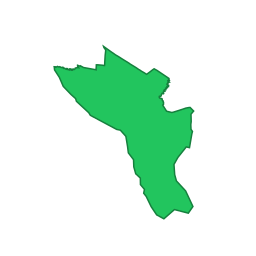 outline of Lodes pag., Rujienas, Latvia, rotated 207°
{"feature_id": "27541924B78787433075156", "entity_name": "Lodes pag.", "entity_type": "district", "adm_level": 2, "iso_a3": "LVA", "parent_name": "Latvia", "parent_adm1": "Rujienas", "projection": "equal_earth", "projection_center": [25.378, 58.024], "detail": "fine", "context": "isolated", "style": "filled", "palette": "green", "viewbox_px": 256, "rotation_deg": 207, "n_neighbors": 0, "source": "geoboundaries", "source_scale": "gbopen_adm2", "svg_char_len": 4660}
<svg xmlns="http://www.w3.org/2000/svg" viewBox="0 0 256 256"><g transform="rotate(207 128 128)"><path d="M82.0,174.5L82.9,174.0L83.0,173.9L85.6,171.9L85.9,171.5L86.0,171.5L87.0,170.4L90.8,166.6L94.8,162.7L96.0,161.7L99.9,160.8L101.3,160.5L105.2,162.8L107.4,164.1L107.4,164.6L107.1,165.1L107.1,165.3L107.5,166.0L107.8,166.4L107.9,166.5L108.0,166.7L107.9,166.8L108.1,167.1L108.3,167.3L108.7,167.4L108.8,167.5L109.0,167.9L109.0,168.0L109.3,168.1L109.7,168.1L110.0,168.3L110.3,168.5L110.6,169.3L110.9,169.4L111.1,169.5L111.3,169.6L111.6,169.5L112.1,169.3L112.6,169.1L113.1,169.0L113.3,169.0L113.9,169.3L114.0,169.4L114.0,169.5L114.1,169.8L114.0,170.0L114.4,170.3L114.5,170.4L114.4,170.6L114.2,170.7L113.4,170.9L113.3,171.1L113.2,171.3L113.1,171.5L113.1,171.9L113.2,172.1L113.3,172.7L113.5,173.1L113.4,173.4L113.3,173.5L113.2,173.7L113.2,173.8L113.4,174.1L113.4,174.3L112.8,174.5L112.1,174.5L111.9,174.7L111.9,175.0L112.1,175.1L112.4,175.3L112.7,175.6L112.8,175.8L112.9,176.0L112.8,176.4L112.6,176.7L112.5,176.8L112.2,177.1L111.8,177.3L111.7,177.4L111.7,177.5L111.8,177.6L112.0,177.6L112.5,177.5L112.7,177.4L112.8,177.4L112.9,177.5L113.0,177.6L112.9,178.1L113.0,178.3L112.9,178.7L112.8,178.8L112.6,178.9L112.4,178.9L112.2,179.0L111.9,179.0L111.7,179.2L111.6,179.3L111.9,179.7L111.9,180.0L112.0,180.3L112.4,180.4L112.5,180.5L112.4,180.6L112.1,180.7L111.8,180.8L111.6,180.9L111.6,181.0L111.9,181.3L112.0,181.4L111.9,181.5L111.6,181.5L111.4,181.7L111.5,181.8L112.0,182.1L112.1,182.3L111.9,182.4L111.6,182.4L111.4,182.5L111.5,182.9L111.6,183.0L111.4,183.1L111.2,183.2L110.9,183.1L110.7,183.3L110.8,183.4L111.3,183.9L111.6,184.0L111.3,184.4L111.2,184.5L111.3,184.6L111.7,184.6L111.8,184.5L112.7,184.5L113.0,184.5L113.2,184.8L113.2,185.0L113.1,185.3L113.0,185.5L113.1,185.8L113.0,186.0L112.7,186.1L112.6,186.3L112.8,186.5L113.1,186.6L113.2,186.8L113.1,187.0L112.9,187.0L112.5,187.1L112.4,187.2L112.2,187.4L112.3,187.4L112.3,187.5L112.5,187.6L113.0,187.6L113.3,187.7L113.5,187.8L113.8,188.1L114.0,188.2L113.9,188.4L113.6,188.5L113.4,188.5L113.2,188.5L112.7,188.7L112.6,188.8L112.5,189.0L112.9,189.3L113.2,189.1L113.3,189.0L113.5,189.0L113.7,189.4L113.7,189.6L113.7,189.9L113.7,190.0L113.7,190.3L113.8,190.3L114.2,190.3L114.4,190.3L114.5,190.4L114.4,190.6L114.4,190.8L128.3,192.5L131.6,192.6L132.5,191.0L133.9,188.0L134.9,186.0L135.8,184.3L136.9,184.4L139.0,184.6L141.6,184.7L143.8,185.0L145.0,185.0L146.2,185.2L148.7,185.5L155.4,186.0L156.3,186.2L162.4,186.7L164.8,186.9L168.8,187.3L172.5,187.5L174.9,187.9L176.8,188.1L186.8,189.6L186.1,188.9L185.9,188.7L185.7,188.6L184.4,188.0L184.1,187.8L183.7,187.5L183.5,187.4L183.2,187.3L181.3,182.3L178.2,175.2L178.0,174.9L177.3,173.0L178.1,172.7L178.3,172.6L179.1,172.4L183.8,170.5L184.9,169.9L184.3,168.6L184.2,168.6L184.0,168.0L183.3,166.2L182.8,165.4L195.1,161.7L198.5,161.8L198.5,161.4L201.4,161.0L201.1,160.3L199.4,159.3L199.7,159.2L199.9,159.4L200.0,159.5L200.1,159.4L200.3,159.3L200.4,159.2L200.6,158.8L200.7,158.6L200.8,158.5L201.1,158.3L201.6,158.0L201.8,157.7L202.1,157.5L202.2,157.4L202.1,156.9L202.2,156.3L202.2,156.1L202.3,155.9L202.5,155.7L203.3,155.7L203.5,155.7L203.4,155.4L203.6,155.2L203.8,155.1L203.7,155.0L203.5,154.9L203.8,154.2L204.1,154.0L204.3,153.9L204.5,153.9L204.7,154.0L204.8,154.1L204.7,154.5L204.8,154.7L205.3,154.7L206.2,154.5L206.5,154.4L206.8,154.2L206.7,154.0L206.2,153.8L206.1,153.7L205.9,153.6L206.1,153.2L206.3,153.1L207.4,153.0L207.8,152.8L208.1,153.0L208.3,153.3L208.7,153.4L208.9,153.4L209.0,153.4L209.3,153.3L209.5,153.2L208.9,152.6L209.3,152.4L209.9,152.3L210.2,152.2L210.5,152.2L210.8,152.3L211.6,152.5L211.8,152.5L212.2,152.0L212.3,151.9L212.5,151.9L213.2,152.5L213.3,152.5L213.5,152.6L213.8,152.5L213.9,152.4L214.0,152.1L214.1,151.9L214.3,151.8L214.5,151.8L215.2,151.7L215.6,151.6L215.8,151.5L216.2,151.6L216.4,151.7L216.6,151.7L217.1,151.1L217.3,151.0L217.5,150.9L218.2,150.9L218.7,150.8L218.9,150.8L219.0,150.6L219.2,150.2L219.4,149.9L220.1,149.7L220.1,149.4L220.3,149.3L220.4,149.2L220.5,149.2L220.9,149.4L221.0,149.4L221.3,149.2L221.1,149.1L221.5,149.0L221.3,148.7L219.8,146.4L212.2,142.0L204.6,135.7L194.0,132.0L188.0,130.4L186.1,128.4L169.9,123.8L167.3,122.2L137.5,121.6L133.8,122.6L126.1,119.6L120.0,111.3L116.4,106.0L108.7,102.3L105.2,96.0L100.3,90.7L94.3,89.0L91.2,83.2L85.5,80.8L84.4,77.0L80.7,75.3L71.6,68.4L63.0,63.6L54.8,63.4L49.6,76.4L35.6,79.5L34.5,87.5L48.1,98.1L60.8,102.8L65.2,107.6L70.5,116.4L70.2,124.4L67.5,137.6L64.3,138.4L68.5,151.9L69.0,154.2L71.2,155.4L71.3,155.5L73.0,158.5L73.6,159.6L74.6,162.4L76.5,165.9L78.1,168.8L78.1,169.1L77.9,170.0L77.6,171.2L77.5,171.7L77.2,172.9L77.5,173.0L82.0,174.5Z" fill="#22c55e" stroke="#15803d" stroke-width="1.5"/></g></svg>